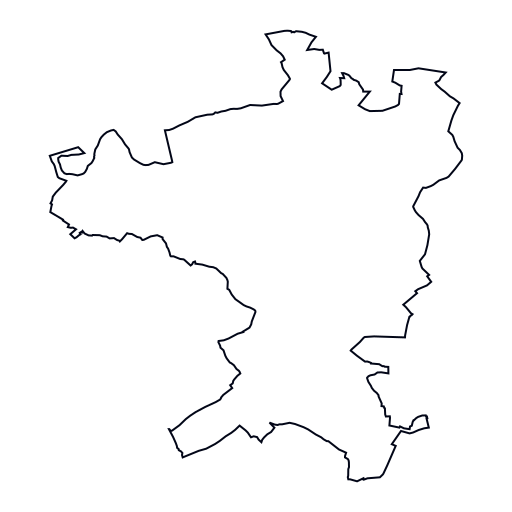 outline of Mociu, Cluj, Romania
{"feature_id": "2599482B12585032376089", "entity_name": "Mociu", "entity_type": "district", "adm_level": 2, "iso_a3": "ROU", "parent_name": "Romania", "parent_adm1": "Cluj", "projection": "albers", "projection_center": [24.018, 46.791], "detail": "fine", "context": "isolated", "style": "outline", "palette": "ink", "viewbox_px": 512, "rotation_deg": 0, "n_neighbors": 0, "source": "geoboundaries", "source_scale": "gbopen_adm2", "svg_char_len": 5973}
<svg xmlns="http://www.w3.org/2000/svg" viewBox="0 0 512 512"><path d="M379.9,477.3L382.9,474.4L383.4,473.6L387.2,465.5L395.7,445.9L391.8,444.2L401.0,431.0L409.6,433.4L413.1,432.5L418.7,430.0L424.2,428.3L428.8,427.6L426.5,418.3L427.3,418.2L426.9,416.4L426.0,416.2L425.8,415.4L422.2,415.5L418.1,416.9L416.2,418.1L413.8,420.4L413.5,420.3L412.7,421.9L411.8,425.7L410.0,426.5L409.6,429.2L403.9,428.3L400.0,426.4L399.4,427.6L389.4,425.5L390.0,417.8L389.8,416.3L385.9,416.5L385.2,414.5L384.9,408.3L384.2,407.9L383.8,406.4L381.5,406.1L381.7,403.4L378.6,396.5L378.5,395.2L376.8,393.0L374.0,390.7L371.8,387.9L370.9,385.8L368.4,381.9L367.1,378.2L367.1,377.7L368.5,376.2L370.4,375.3L374.6,374.5L377.4,372.5L381.2,372.3L388.4,373.4L388.3,366.9L384.7,366.7L383.8,366.1L382.6,366.2L381.9,365.9L379.2,364.2L371.0,363.5L371.0,362.9L368.9,362.0L367.2,361.5L365.0,361.6L356.8,355.6L350.7,350.6L351.4,349.6L359.9,342.0L363.7,337.7L364.8,337.0L374.1,336.4L405.0,337.4L405.1,335.5L407.1,325.0L409.4,316.8L410.0,316.6L410.4,315.8L411.6,315.2L412.5,314.2L411.0,313.3L406.0,307.2L403.3,304.7L417.0,293.2L415.3,291.2L418.1,289.2L427.0,285.4L431.2,281.8L427.2,276.3L429.1,274.9L422.4,268.5L421.6,266.9L419.8,260.9L425.0,254.3L427.4,245.2L429.2,234.3L428.8,230.7L427.8,227.4L427.6,225.6L427.0,224.4L425.0,222.0L423.0,218.9L418.6,215.1L416.0,212.2L414.8,210.3L413.2,206.9L413.2,206.3L418.5,196.2L420.1,192.2L423.1,187.6L425.9,187.9L430.8,186.1L433.3,184.8L439.2,180.4L446.5,177.9L448.6,176.6L455.1,168.9L461.6,160.3L461.9,159.5L462.2,155.7L461.8,153.2L459.9,150.0L457.6,147.7L454.6,141.2L453.3,136.8L452.3,134.9L448.3,131.3L451.4,120.5L453.3,115.2L457.9,105.8L459.6,103.1L453.5,98.4L449.9,96.3L444.6,91.6L441.2,89.1L436.4,84.6L435.4,82.6L438.8,80.8L439.5,80.1L441.1,77.0L443.5,74.9L445.7,72.5L418.5,68.3L409.8,70.0L394.0,70.0L392.3,81.5L395.3,82.7L399.7,85.4L401.6,85.8L401.1,91.6L401.5,94.0L399.8,93.9L399.0,103.9L398.0,105.0L395.2,106.5L382.4,110.8L369.8,111.1L365.0,109.2L358.6,105.3L369.8,91.6L363.2,91.6L363.0,89.6L359.3,84.3L358.7,82.2L356.2,80.6L353.6,79.8L353.1,79.2L351.4,78.2L349.4,75.7L348.3,74.9L343.8,73.1L342.1,73.1L343.6,76.1L344.2,78.2L340.0,78.0L340.3,78.7L340.6,80.5L340.7,84.5L340.5,85.3L339.6,86.2L331.7,89.7L322.1,83.3L326.8,77.0L330.5,71.2L328.6,52.6L324.4,53.6L324.0,53.3L322.8,49.7L319.4,49.9L314.2,49.0L307.2,50.0L311.5,42.3L315.9,36.8L309.4,34.6L305.7,32.8L301.9,31.8L296.1,31.2L294.1,32.3L293.3,31.9L291.6,32.3L291.3,31.3L290.9,31.0L287.4,30.7L284.3,30.9L265.6,34.4L268.9,39.4L271.5,45.1L276.6,50.3L280.6,53.4L283.1,56.3L284.7,59.7L281.0,62.2L281.6,63.2L282.5,67.2L283.8,70.0L287.9,75.2L289.9,78.7L289.8,79.4L289.0,80.5L281.6,89.4L280.5,91.7L280.6,96.1L283.0,101.1L278.2,103.7L276.9,104.0L273.6,103.9L261.9,105.6L250.1,105.0L240.8,108.3L237.1,108.9L233.5,108.8L230.4,109.1L225.5,110.8L221.3,111.5L217.5,112.8L215.3,112.4L213.7,113.9L212.4,114.4L207.3,114.7L195.4,117.3L187.8,121.8L179.4,125.4L173.0,128.7L169.2,130.0L164.9,130.3L172.1,160.9L172.3,162.2L170.8,162.8L163.5,164.2L154.8,162.2L148.5,164.9L145.5,165.1L143.4,164.8L139.9,163.1L134.0,159.5L131.9,157.5L129.6,152.2L129.0,149.4L128.6,148.6L125.0,144.3L121.9,139.2L117.7,134.5L115.7,131.4L113.6,129.9L110.9,130.5L106.8,132.2L103.8,134.6L101.4,137.2L100.1,139.2L97.8,145.5L95.3,149.4L94.4,153.5L94.3,154.8L94.5,155.2L94.0,157.0L94.3,157.9L92.6,161.3L91.4,163.1L87.8,165.9L86.9,168.8L85.2,171.9L83.6,173.5L81.9,174.2L77.6,175.4L72.4,174.2L69.2,173.9L66.7,174.1L64.4,173.3L61.9,170.5L60.7,167.5L60.0,164.4L58.6,161.7L58.2,159.3L58.2,158.0L61.4,155.7L67.6,156.0L71.3,154.9L78.8,154.5L84.3,153.1L78.2,147.2L49.8,155.8L51.8,161.4L53.8,164.1L54.7,166.1L56.3,172.2L57.8,177.0L59.3,178.2L66.4,180.8L65.9,181.7L63.2,184.9L55.8,192.6L52.8,196.6L52.1,200.4L50.5,203.4L52.0,204.4L51.5,205.9L50.3,212.1L63.1,219.7L63.3,220.2L63.0,220.6L69.0,224.5L67.8,227.1L70.8,227.8L73.0,227.6L76.0,229.3L70.3,234.2L74.6,238.3L76.5,237.3L79.0,235.2L80.4,234.4L79.7,232.9L81.9,231.5L82.1,232.1L82.6,231.0L84.6,233.5L88.6,235.4L92.1,235.6L92.7,235.0L99.8,235.2L102.6,236.3L106.6,236.6L109.6,238.4L114.0,238.1L117.0,240.0L119.6,240.8L119.9,241.4L122.0,239.3L127.1,233.2L128.9,233.8L131.9,234.0L137.2,237.0L140.5,237.7L142.3,240.0L143.8,239.8L150.7,236.4L157.2,235.2L162.6,237.5L162.6,239.1L166.0,243.4L166.9,246.9L168.1,248.6L169.5,252.4L170.3,255.7L170.9,256.3L173.5,256.3L180.2,259.0L183.3,259.3L184.2,259.7L190.6,265.5L192.1,264.3L193.2,262.2L195.0,261.5L195.4,262.9L195.4,263.7L202.3,264.6L209.2,266.7L213.2,267.2L216.3,268.5L221.2,273.2L222.7,273.9L226.4,277.9L227.4,280.1L227.8,281.7L227.4,288.8L229.2,289.8L231.7,294.5L235.4,299.2L243.7,305.1L246.4,306.4L250.1,307.6L253.7,309.4L255.1,310.5L255.4,311.2L255.4,312.1L251.8,321.4L251.2,324.4L249.5,327.6L242.9,331.6L243.2,332.1L237.7,333.7L228.6,338.5L223.8,340.3L218.6,341.0L218.4,342.2L220.1,345.6L220.5,347.7L223.5,350.3L225.3,355.7L226.7,358.4L229.8,362.5L231.1,363.1L233.9,365.2L236.5,369.0L238.9,370.8L239.6,371.8L240.3,373.5L237.4,375.8L234.2,379.5L233.3,380.8L232.7,383.4L230.2,385.2L232.2,388.1L223.3,394.9L221.1,397.5L221.1,397.9L220.2,399.5L215.7,402.1L205.3,406.9L195.6,412.1L190.2,415.7L185.8,419.1L179.5,425.2L172.1,430.6L170.7,431.0L169.3,429.1L168.9,429.1L173.1,437.0L175.9,443.3L176.9,446.1L177.1,447.8L178.6,449.0L178.8,450.2L181.0,451.4L182.4,453.0L182.0,455.0L182.7,457.4L198.8,450.8L206.2,448.7L215.1,444.0L219.8,440.9L225.7,436.3L231.2,432.9L235.1,429.9L239.6,425.6L245.6,430.4L247.8,432.6L251.0,437.3L253.7,436.3L257.1,437.1L258.6,439.6L261.4,442.2L262.2,439.8L264.1,437.4L267.3,434.3L271.1,432.0L274.4,427.7L269.5,422.6L274.8,424.6L277.6,425.0L279.5,424.3L282.2,424.3L289.6,422.8L295.0,424.0L303.6,427.2L308.1,429.4L315.8,434.5L321.2,437.3L323.6,439.3L326.7,441.1L328.4,441.2L339.0,449.5L346.1,452.7L345.0,456.1L345.0,457.4L347.9,459.1L348.6,460.4L348.9,462.2L349.0,467.1L348.3,469.1L348.2,475.8L347.8,477.1L348.3,479.3L350.0,479.3L357.1,481.3L363.5,478.2L363.6,478.5L362.7,479.2L363.7,479.7L367.5,478.3L379.9,477.3Z" fill="none" stroke="#020617" stroke-width="2"/></svg>